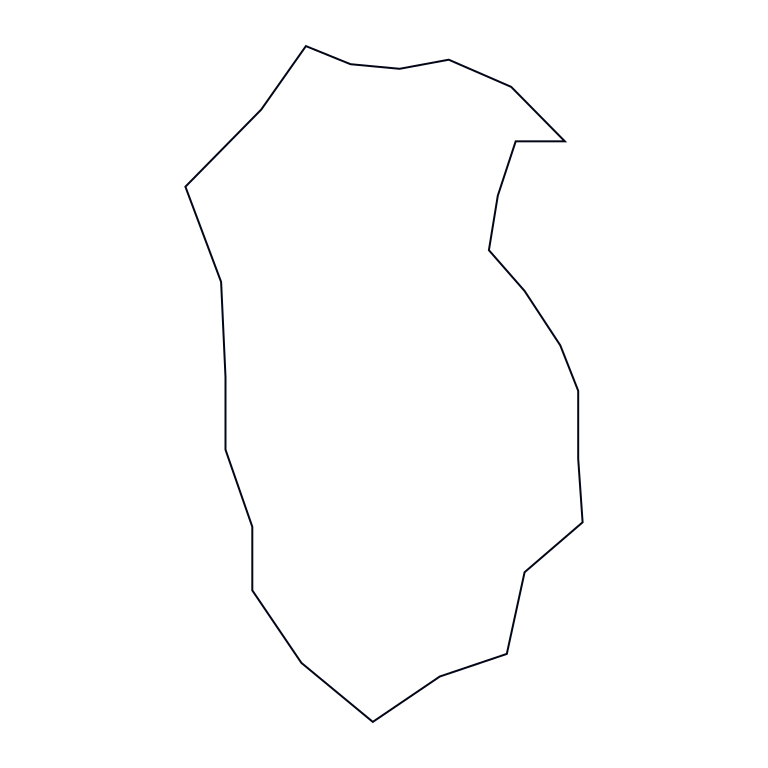 Agrokipia, Nicosia, Cyprus
{"feature_id": "46923920B48928942173959", "entity_name": "Agrokipia", "entity_type": "district", "adm_level": 2, "iso_a3": "CYP", "parent_name": "Cyprus", "parent_adm1": "Nicosia", "projection": "natural_earth1", "projection_center": [33.155, 35.046], "detail": "fine", "context": "isolated", "style": "outline", "palette": "ink", "viewbox_px": 768, "rotation_deg": 0, "n_neighbors": 0, "source": "geoboundaries", "source_scale": "gbopen_adm2", "svg_char_len": 446}
<svg xmlns="http://www.w3.org/2000/svg" viewBox="0 0 768 768"><path d="M582.6,522.3L578.2,458.8L578.2,390.8L560.3,345.4L524.6,291.0L488.9,250.2L497.8,195.7L515.7,141.3L564.8,141.3L511.2,86.9L448.7,59.7L399.6,68.8L350.5,64.2L305.9,46.1L261.2,109.6L185.4,186.7L221.1,281.9L225.5,377.1L225.5,449.7L252.3,526.8L252.3,590.4L301.4,662.9L372.8,721.9L439.8,676.5L506.8,653.9L524.6,572.2L582.6,522.3Z" fill="none" stroke="#020617" stroke-width="2"/></svg>